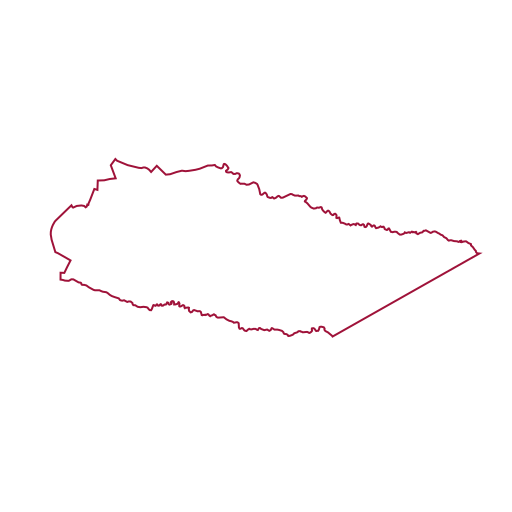 outline of Mazatecochco de José María Morelos, Tlaxcala, Mexico, rotated 31°
{"feature_id": "50627088B35944605315833", "entity_name": "Mazatecochco de José María Morelos", "entity_type": "district", "adm_level": 2, "iso_a3": "MEX", "parent_name": "Mexico", "parent_adm1": "Tlaxcala", "projection": "mercator", "projection_center": [-98.156, 19.192], "detail": "fine", "context": "isolated", "style": "outline", "palette": "rose", "viewbox_px": 512, "rotation_deg": 31, "n_neighbors": 0, "source": "geoboundaries", "source_scale": "gbopen_adm2", "svg_char_len": 6129}
<svg xmlns="http://www.w3.org/2000/svg" viewBox="0 0 512 512"><g transform="rotate(31 256 256)"><path d="M446.2,138.8L444.1,139.8L442.4,139.2L441.8,138.4L440.2,138.0L437.4,136.7L434.9,136.2L434.1,135.1L431.3,135.5L428.8,135.2L428.2,135.4L426.6,136.6L425.1,138.3L424.6,138.5L424.3,137.3L424.0,137.2L423.0,138.2L422.8,139.1L422.2,139.7L420.9,139.8L418.1,141.2L415.4,141.9L414.3,142.5L413.4,143.5L412.4,143.5L410.0,142.7L407.5,142.9L405.2,142.2L403.2,142.6L401.7,142.4L400.0,142.6L398.1,142.5L396.6,142.8L395.1,144.1L394.4,145.6L393.7,146.3L388.4,146.5L387.4,147.7L386.7,148.1L386.4,150.0L384.7,151.6L383.5,153.9L381.7,154.0L381.3,153.6L381.1,153.0L380.7,152.9L379.7,154.1L378.8,154.2L378.3,154.9L377.1,154.8L376.1,156.8L374.9,156.8L372.8,159.0L371.4,159.1L371.4,160.0L371.1,160.9L369.5,162.8L368.2,163.6L365.5,163.3L364.3,162.9L363.4,163.2L362.0,164.0L360.9,165.2L359.1,165.8L356.3,164.1L355.7,163.9L355.3,164.3L355.2,165.8L354.8,166.3L352.9,166.6L352.3,166.5L351.6,165.8L350.3,165.2L349.8,165.4L349.3,166.2L348.5,166.5L347.5,166.4L346.4,168.5L344.6,170.3L343.9,170.1L342.5,169.1L341.8,168.9L341.2,169.1L340.8,169.7L340.3,171.1L339.4,171.0L338.8,170.5L338.2,170.3L336.3,170.2L335.5,170.3L335.2,170.7L335.2,171.2L335.5,173.5L335.3,174.4L334.7,175.0L334.0,175.1L332.5,173.7L331.5,173.6L330.9,174.1L330.4,175.4L329.5,175.9L328.5,176.0L326.9,175.6L325.6,176.2L325.3,176.7L325.6,177.5L325.6,178.1L324.0,178.1L323.0,178.5L321.6,180.4L321.3,181.1L318.9,180.8L317.9,182.1L317.0,182.5L315.5,182.5L313.2,182.9L311.6,183.8L309.4,182.1L307.7,180.3L307.4,180.2L306.9,180.7L306.0,181.8L305.2,181.9L304.1,179.7L303.4,179.2L302.1,179.0L301.4,179.6L301.2,181.0L300.4,181.6L298.1,181.3L296.3,180.2L295.3,179.9L294.4,180.0L293.9,180.9L293.6,182.6L293.4,183.1L292.3,183.1L290.3,182.6L288.8,182.0L287.3,180.6L286.6,180.6L286.2,180.8L285.1,182.2L283.4,183.0L283.1,183.4L282.8,184.2L281.1,185.6L278.5,186.0L277.1,185.8L272.9,184.4L271.0,184.1L270.1,184.2L269.7,184.0L269.6,183.5L270.1,181.6L270.0,180.4L269.8,180.1L267.4,179.6L266.1,179.8L265.5,180.4L264.8,181.7L263.6,181.6L262.3,182.4L261.3,182.3L258.2,184.2L256.2,184.5L254.9,184.5L253.6,185.1L248.9,192.2L247.4,193.2L245.0,192.7L244.2,193.0L243.6,194.2L243.0,196.0L241.9,197.4L239.7,197.1L239.4,197.5L239.3,198.1L238.3,198.9L235.8,199.4L235.1,199.2L233.9,198.0L232.5,197.2L231.2,197.0L230.7,197.4L229.8,200.1L228.9,200.9L227.8,200.8L224.4,197.1L220.6,194.1L219.8,193.7L217.7,193.7L215.8,194.2L213.2,198.3L211.2,199.8L208.9,200.0L206.3,201.5L205.8,202.0L204.6,202.1L202.4,201.7L201.2,201.2L200.9,199.8L201.4,198.0L201.3,196.8L200.7,195.2L199.8,194.5L198.9,194.2L197.5,194.6L196.8,195.0L195.9,196.4L194.4,197.3L192.7,196.9L191.4,196.9L190.2,198.0L189.0,198.8L187.5,199.3L186.8,199.0L186.4,198.4L187.2,196.4L187.1,194.8L184.6,193.6L183.0,193.2L181.7,193.2L181.2,193.5L181.1,194.1L181.9,196.8L181.5,198.3L180.8,199.0L177.9,199.6L175.7,199.8L173.8,199.2L171.7,201.0L168.1,203.3L162.8,210.2L159.7,213.3L154.7,217.5L151.9,219.6L148.6,221.0L144.6,225.0L140.3,230.1L136.8,232.7L124.5,229.8L122.8,238.0L120.0,237.1L117.7,236.9L115.2,237.3L113.8,238.2L112.6,239.6L110.1,240.8L99.2,244.2L87.8,245.9L85.5,245.3L84.8,253.0L95.7,261.7L91.0,265.3L86.9,269.3L81.5,272.8L86.0,281.0L82.9,281.8L84.9,293.2L85.4,297.2L86.0,298.6L85.6,299.2L85.0,299.1L85.4,300.9L84.9,302.0L82.9,301.6L80.3,302.6L76.6,305.4L74.3,308.7L73.6,308.7L71.7,307.6L66.1,328.6L65.8,330.1L65.9,333.9L66.2,336.1L66.8,338.6L67.7,341.0L69.0,343.3L72.4,347.3L82.0,356.0L84.8,355.6L99.3,355.3L99.8,362.7L100.4,369.2L97.1,371.0L100.6,376.9L102.8,376.0L104.9,375.5L108.0,373.9L108.5,373.4L109.7,371.1L111.5,370.1L117.5,370.0L119.4,369.2L120.1,369.3L121.1,370.2L121.7,370.3L123.7,369.2L125.8,368.6L128.8,368.9L134.1,368.7L135.4,368.4L139.5,366.0L141.6,365.8L143.1,365.5L146.2,364.2L147.7,364.1L150.6,364.6L153.0,364.6L156.1,364.0L160.2,363.0L162.1,363.8L163.3,363.6L164.5,363.1L165.7,361.9L169.3,361.7L170.4,360.4L172.0,359.6L174.2,359.9L175.2,360.9L176.2,361.3L177.9,360.4L180.6,360.5L181.5,360.2L183.2,359.5L185.7,357.5L188.5,356.3L189.6,356.1L191.6,356.9L192.8,357.1L194.0,356.5L194.0,355.0L193.3,351.1L193.6,350.7L195.2,350.6L195.6,350.4L195.8,348.7L196.2,348.4L197.6,349.0L198.4,348.6L198.8,347.0L199.2,346.3L199.8,346.4L200.0,346.9L200.5,347.2L201.1,347.0L201.8,346.5L202.6,344.7L203.1,344.5L203.8,343.9L203.8,341.5L204.8,341.3L205.7,342.2L206.8,342.3L208.1,340.7L208.0,340.0L206.8,339.5L207.1,338.2L207.4,337.9L207.8,338.2L208.6,337.4L209.1,337.6L210.3,338.8L210.8,339.7L211.7,339.2L213.2,337.6L213.4,336.6L213.4,335.5L213.8,335.4L214.9,336.2L215.9,338.4L216.4,338.6L216.9,338.5L217.7,337.6L218.6,335.8L219.3,335.5L220.4,335.8L221.3,337.1L221.9,337.3L222.0,336.9L224.5,335.0L225.2,334.9L225.8,336.2L226.9,337.5L229.0,338.0L229.9,337.0L230.2,334.9L230.8,334.2L234.6,333.4L235.7,332.5L236.5,332.2L237.6,332.4L239.9,334.6L240.6,334.4L241.1,333.7L242.2,333.1L242.6,332.5L243.3,332.5L244.6,330.6L245.4,330.6L247.0,331.2L247.7,331.2L247.8,330.7L248.7,329.8L249.4,328.7L249.8,327.8L250.1,327.6L251.0,327.8L251.8,327.6L253.2,328.5L254.6,328.6L255.5,328.2L259.9,325.1L263.3,325.5L266.5,325.3L268.7,324.6L270.4,324.4L271.4,324.6L273.7,322.6L274.2,322.4L275.4,322.4L275.9,322.7L278.2,326.1L279.4,326.8L280.2,326.3L281.0,325.0L281.9,324.8L284.2,325.7L285.2,325.7L286.5,325.2L287.0,323.3L287.7,321.9L288.5,321.9L290.0,321.2L291.4,319.7L293.2,318.7L295.1,318.7L295.7,318.5L295.7,316.5L296.0,316.0L296.6,315.7L298.0,315.9L301.3,315.3L303.4,313.3L305.9,313.3L306.7,312.0L306.6,309.8L307.2,309.5L309.7,309.6L312.2,308.1L313.9,307.5L316.8,306.8L318.7,307.2L319.5,307.9L320.3,308.2L322.4,307.3L323.8,307.3L324.6,307.9L325.2,307.8L326.4,306.7L327.8,304.9L328.3,304.0L328.6,302.5L330.4,300.5L330.9,299.7L331.0,298.9L331.5,298.3L332.8,297.6L333.7,297.7L334.2,297.4L335.4,297.3L338.8,294.8L339.4,294.6L340.9,294.6L341.6,294.3L342.4,292.6L342.6,291.2L341.5,290.0L341.2,289.3L341.6,288.9L342.4,288.3L343.5,288.2L346.0,289.3L346.6,289.1L347.0,288.6L347.8,288.1L347.8,286.7L347.1,284.2L347.5,283.6L348.5,282.9L350.8,282.2L352.1,282.8L352.4,283.6L353.0,284.2L354.2,284.6L357.0,284.4L362.2,285.2L363.1,285.6L446.2,138.8Z" fill="none" stroke="#9f1239" stroke-width="2"/></g></svg>